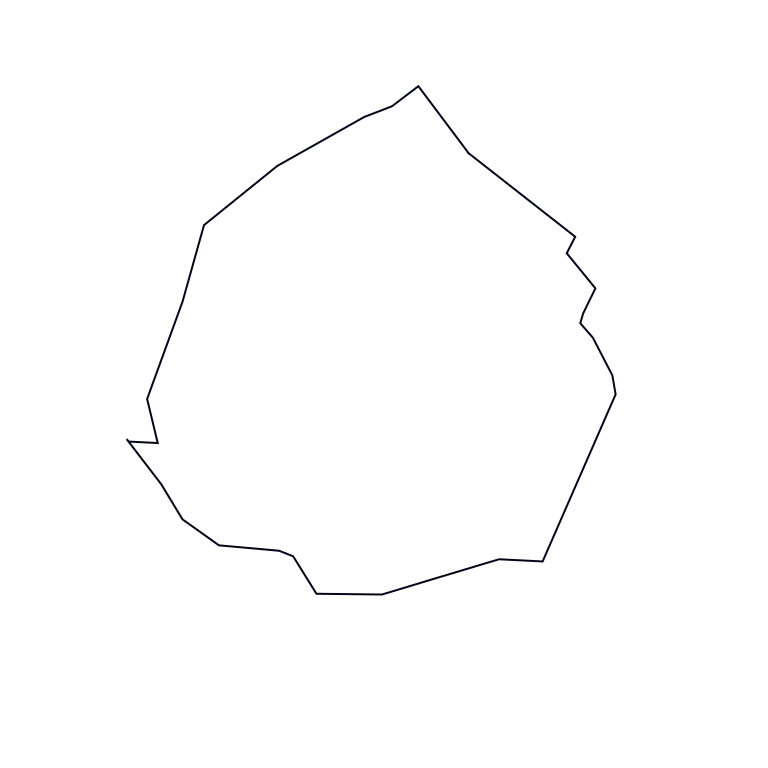 outline of Michuhol-gu [Nam-gu], Incheon, South Korea, rotated 139°
{"feature_id": "91817680B16033238555875", "entity_name": "Michuhol-gu [Nam-gu]", "entity_type": "district", "adm_level": 2, "iso_a3": "KOR", "parent_name": "South Korea", "parent_adm1": "Incheon", "projection": "robinson", "projection_center": [126.663, 37.445], "detail": "fine", "context": "isolated", "style": "outline", "palette": "ink", "viewbox_px": 768, "rotation_deg": 139, "n_neighbors": 0, "source": "geoboundaries", "source_scale": "gbopen_adm2", "svg_char_len": 574}
<svg xmlns="http://www.w3.org/2000/svg" viewBox="0 0 768 768"><g transform="rotate(139 384 384)"><path d="M168.7,502.9L162.7,586.2L195.8,588.4L223.7,598.5L321.4,618.6L415.6,622.0L481.9,578.4L572.6,528.1L593.5,487.9L614.4,508.0L614.4,511.3L617.9,454.3L624.9,414.1L614.4,370.5L572.6,327.0L565.6,313.6L572.6,270.0L542.0,242.8L523.7,226.5L471.4,203.0L429.7,184.2L412.1,176.2L380.7,146.0L216.0,224.2L206.0,240.7L196.0,281.8L196.0,301.1L187.4,306.6L161.7,317.5L160.3,362.8L143.1,369.7L168.7,502.4L168.8,502.9L168.7,502.9Z" fill="none" stroke="#020617" stroke-width="2"/></g></svg>